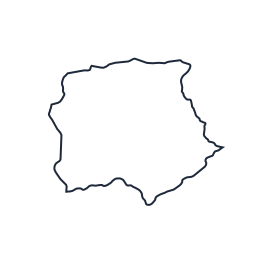 outline of Kamphaeng Phet, rotated 240°
{"feature_id": "THA-400", "entity_name": "Kamphaeng Phet", "entity_type": "Province", "adm_level": 1, "iso_a3": "THA", "parent_name": "Thailand", "parent_adm1": "", "projection": "albers", "projection_center": [99.403, 16.336], "detail": "fine", "context": "isolated", "style": "outline", "palette": "slate", "viewbox_px": 256, "rotation_deg": 240, "n_neighbors": 0, "source": "natural_earth", "source_scale": "10m", "svg_char_len": 3643}
<svg xmlns="http://www.w3.org/2000/svg" viewBox="0 0 256 256"><g transform="rotate(240 128 128)"><path d="M186.5,73.5L184.8,80.0L184.8,82.2L185.2,83.3L186.0,85.2L188.4,89.2L189.0,89.7L189.6,90.0L190.2,90.0L191.3,89.9L191.9,90.0L192.4,90.2L193.3,90.7L194.6,91.5L195.6,92.0L196.1,92.2L198.5,92.6L199.5,93.1L200.7,93.9L202.8,96.1L203.7,97.3L204.2,98.2L204.5,99.9L205.5,103.1L199.8,118.9L197.9,122.0L197.6,123.1L197.4,123.9L197.7,124.4L198.0,124.8L198.3,125.2L198.7,125.5L199.4,126.3L200.0,127.6L193.9,134.7L192.4,137.0L192.1,139.5L192.1,140.8L192.5,143.5L190.9,149.5L185.5,161.5L185.3,162.9L185.1,167.4L184.8,168.2L184.5,168.7L175.4,176.5L174.4,177.7L171.7,181.8L169.2,187.0L167.4,189.8L166.2,191.4L165.8,192.2L165.6,192.9L165.6,193.5L165.5,194.5L165.0,196.5L160.8,206.6L160.1,207.5L158.9,207.7L157.9,208.2L157.5,208.4L152.7,212.8L151.8,213.3L151.1,213.3L150.2,212.8L149.8,212.5L148.5,211.0L147.5,209.2L147.0,208.2L146.4,206.0L145.8,202.5L145.0,200.5L144.4,199.6L143.8,198.8L143.5,198.4L142.7,197.8L142.3,197.5L141.4,197.0L136.2,195.4L134.9,194.5L133.3,193.3L132.9,193.0L132.4,192.9L131.7,192.9L131.0,193.1L130.3,193.1L129.7,193.0L128.6,192.6L128.0,192.5L126.6,192.5L125.0,192.8L123.7,193.1L123.0,193.6L122.4,194.4L121.9,195.5L121.4,196.0L120.8,196.2L120.2,196.2L116.4,195.0L114.5,194.2L113.8,194.2L112.6,194.5L111.9,194.5L107.1,193.7L105.5,193.2L104.6,193.2L103.5,193.4L100.7,194.5L99.9,194.5L99.4,194.2L98.8,194.1L97.8,194.2L97.1,194.7L96.4,195.4L95.4,195.9L94.7,196.5L94.1,197.2L93.5,197.4L93.1,197.3L92.7,197.0L92.4,196.6L91.9,195.7L91.6,195.3L91.2,195.0L90.7,194.7L89.7,194.3L88.8,193.8L84.8,190.7L84.4,190.4L83.8,190.2L83.2,190.1L82.6,190.1L79.5,190.7L78.8,191.3L78.0,191.4L77.3,191.3L76.3,191.2L75.8,191.4L75.4,191.7L74.6,192.7L72.8,194.5L72.0,195.0L71.2,195.2L69.4,195.2L68.8,195.4L68.3,195.7L66.1,197.8L63.9,200.3L63.4,195.0L64.1,192.2L64.1,191.4L63.9,190.9L63.4,189.9L61.9,187.8L61.8,187.1L61.9,186.2L62.2,185.0L62.6,182.5L62.6,181.3L62.5,180.5L62.3,180.1L61.9,179.6L61.2,178.9L60.8,178.6L60.2,178.5L59.0,178.4L58.3,178.1L57.5,177.6L56.5,176.2L56.1,175.3L53.8,161.1L53.8,160.5L53.9,159.2L54.0,158.6L54.8,156.5L55.3,155.6L55.6,154.8L55.9,153.6L56.0,151.0L55.9,149.7L55.6,148.9L54.6,148.2L53.9,147.7L53.0,146.0L52.5,144.1L51.9,138.4L51.9,136.3L53.3,130.6L53.4,130.0L53.5,127.6L53.7,126.2L54.0,125.0L54.3,122.7L54.4,119.9L54.3,118.5L54.1,117.6L53.8,117.2L53.5,116.8L52.9,116.1L52.3,115.7L51.9,115.0L50.6,111.2L50.5,109.7L50.6,108.7L51.0,107.6L51.6,106.7L52.2,106.1L52.5,105.9L52.8,105.8L53.3,105.7L54.4,106.0L55.0,106.1L56.2,106.4L56.8,106.4L57.4,106.3L59.6,105.8L60.2,105.8L60.8,105.9L62.0,106.2L64.0,107.0L64.5,107.2L65.8,107.2L67.7,107.0L69.3,106.4L72.8,104.3L74.0,103.3L75.3,102.6L75.9,102.4L76.3,102.2L76.7,101.9L77.0,101.6L77.3,101.1L78.0,99.6L78.2,99.2L78.6,98.8L79.0,98.5L79.5,98.3L80.1,98.2L84.6,98.0L85.8,97.7L86.3,97.4L87.9,96.3L88.4,95.7L89.0,94.8L89.9,93.0L90.2,91.9L90.3,91.0L90.0,88.6L89.9,88.0L89.3,86.5L89.2,85.9L89.0,83.6L89.0,81.1L89.2,79.8L89.4,79.0L89.9,78.1L90.3,77.7L90.7,77.4L91.2,77.3L91.8,76.7L92.4,75.8L94.2,71.2L96.4,68.1L97.0,66.2L97.0,64.9L96.7,63.8L96.4,61.8L96.5,59.6L96.7,58.6L97.1,58.0L99.0,57.0L99.5,56.5L100.0,55.7L100.8,54.2L101.2,53.2L101.3,52.3L101.3,48.6L101.9,46.4L103.7,42.7L108.0,45.6L109.8,46.0L117.6,43.9L125.7,43.3L127.6,43.4L129.2,43.7L129.9,44.1L130.8,44.7L131.6,45.3L132.5,46.5L132.8,46.9L133.2,47.8L133.4,48.4L133.5,49.6L133.6,51.6L133.7,52.2L134.1,53.2L134.4,53.6L134.8,54.0L155.1,66.8L156.0,66.9L157.2,67.0L157.9,67.0L162.6,66.2L173.1,66.4L175.8,66.1L178.5,66.1L179.3,66.3L179.9,66.7L181.5,68.6L182.6,69.6L183.9,71.2L186.5,73.5Z" fill="none" stroke="#1e293b" stroke-width="2"/></g></svg>